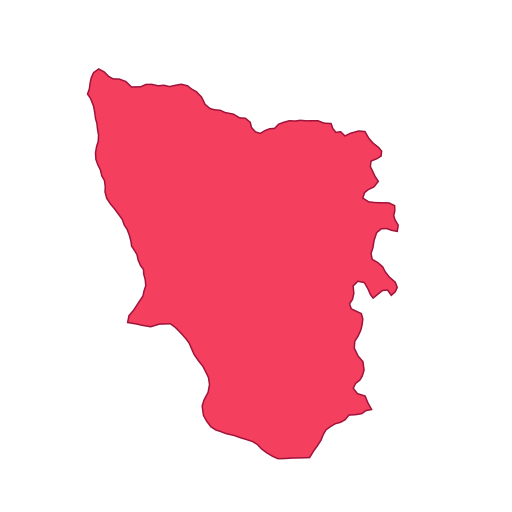 the district of Iraí de Minas, Minas Gerais, Brazil, rotated 262°
{"feature_id": "56859067B90662154366353", "entity_name": "Iraí de Minas", "entity_type": "district", "adm_level": 2, "iso_a3": "BRA", "parent_name": "Brazil", "parent_adm1": "Minas Gerais", "projection": "albers", "projection_center": [-47.455, -19.048], "detail": "fine", "context": "isolated", "style": "filled", "palette": "rose", "viewbox_px": 512, "rotation_deg": 262, "n_neighbors": 0, "source": "geoboundaries", "source_scale": "gbopen_adm2", "svg_char_len": 2826}
<svg xmlns="http://www.w3.org/2000/svg" viewBox="0 0 512 512"><g transform="rotate(262 256 256)"><path d="M439.8,111.7L435.3,114.0L427.0,116.0L420.3,116.3L414.4,116.2L409.4,116.9L404.0,116.7L397.6,116.9L391.4,115.7L386.7,113.4L380.4,111.4L374.0,110.9L368.3,112.1L362.9,113.9L356.7,114.5L351.9,116.4L345.7,116.4L340.5,115.4L333.9,116.2L328.0,119.0L322.0,122.7L315.1,126.4L310.8,128.7L304.8,129.9L300.6,132.0L294.6,133.4L288.2,134.2L283.1,134.2L278.7,136.3L274.0,138.3L268.1,138.8L262.6,140.3L258.3,142.7L253.8,142.3L247.9,143.0L241.9,142.7L237.1,140.3L232.1,138.5L228.6,135.3L224.8,132.0L219.3,127.2L214.6,121.9L208.0,119.6L205.3,128.2L203.0,134.2L200.6,141.8L202.0,150.9L200.8,161.8L196.6,166.1L192.5,169.2L188.7,171.9L184.0,175.0L179.0,177.7L173.5,179.2L167.1,181.0L160.0,184.6L154.3,188.0L148.6,190.0L142.4,192.0L135.3,192.1L127.7,189.6L120.7,184.5L114.9,181.8L105.5,181.8L99.4,184.1L93.2,187.5L89.3,192.0L87.3,196.1L84.3,201.6L81.3,209.4L78.3,215.1L75.5,221.2L72.8,226.7L69.3,231.0L64.0,234.8L59.3,239.6L55.3,244.6L52.2,249.6L51.5,255.4L51.0,262.7L49.8,272.8L48.9,281.0L55.1,286.1L59.2,290.1L64.6,294.8L69.6,297.6L74.1,301.1L76.9,306.4L78.9,311.2L79.5,316.4L81.4,321.4L85.5,325.9L85.0,333.0L85.2,338.9L87.6,343.3L87.9,349.1L95.2,346.3L102.1,344.6L105.6,337.3L111.4,333.9L115.9,336.8L118.7,341.6L122.3,344.5L127.9,347.1L136.4,347.2L142.7,343.2L151.1,340.5L157.9,342.0L162.7,346.1L168.1,349.5L173.1,351.5L178.8,353.0L184.3,352.3L187.1,348.0L190.4,343.0L195.6,342.0L199.6,345.5L205.4,347.7L212.8,348.0L216.8,353.3L214.6,359.6L207.6,362.4L202.0,363.9L198.0,366.1L201.4,371.7L204.2,376.4L204.0,381.5L198.2,384.5L201.3,389.0L205.2,391.5L210.6,390.3L216.7,385.0L222.5,381.7L227.7,379.9L232.5,375.7L236.5,370.6L242.6,370.3L247.9,372.9L255.2,375.2L262.3,378.7L265.5,383.9L265.0,389.2L262.6,393.7L260.7,399.3L266.7,401.1L272.5,398.7L276.8,398.0L281.6,399.8L286.6,400.3L290.1,395.0L291.3,387.4L292.3,381.4L293.9,375.2L298.5,369.8L303.7,372.4L306.1,376.4L308.1,382.5L312.9,387.5L318.4,384.9L324.3,383.1L328.5,381.7L334.0,383.1L335.5,389.2L337.6,393.8L342.3,395.0L346.4,392.5L351.6,387.5L357.3,383.9L364.1,381.2L365.5,375.1L364.4,366.6L362.5,360.8L367.3,357.1L367.3,352.3L371.6,349.8L376.7,348.8L378.1,341.8L381.3,336.2L382.0,331.3L382.9,324.4L384.2,318.7L384.2,313.6L385.3,307.8L384.6,302.3L383.4,296.8L379.8,292.2L380.1,287.2L378.9,282.2L376.8,277.4L378.9,272.8L383.9,269.4L389.2,268.9L393.9,264.6L395.1,258.9L399.6,253.4L402.4,245.3L405.3,240.8L406.5,235.5L408.4,231.0L413.2,226.7L420.9,224.2L426.9,219.9L430.3,215.4L434.1,211.9L436.5,205.8L436.2,199.1L435.8,193.9L437.9,188.6L438.2,182.7L440.5,176.6L441.2,170.7L439.6,165.4L440.7,156.2L446.9,151.4L450.2,145.3L451.3,139.1L454.3,135.1L459.3,131.4L463.1,126.3L460.2,120.7L455.5,117.7L451.0,116.0L444.6,114.2L439.8,111.7Z" fill="#f43f5e" stroke="#9f1239" stroke-width="1.5"/></g></svg>